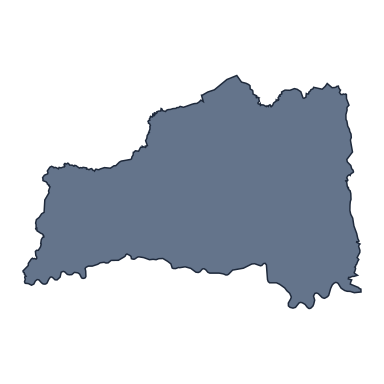 Huetamo, Michoacán, Mexico (Mercator projection)
{"feature_id": "50627088B12818336981253", "entity_name": "Huetamo", "entity_type": "district", "adm_level": 2, "iso_a3": "MEX", "parent_name": "Mexico", "parent_adm1": "Michoacán", "projection": "mercator", "projection_center": [-101.141, 18.66], "detail": "fine", "context": "isolated", "style": "filled", "palette": "slate", "viewbox_px": 384, "rotation_deg": 0, "n_neighbors": 0, "source": "geoboundaries", "source_scale": "gbopen_adm2", "svg_char_len": 5907}
<svg xmlns="http://www.w3.org/2000/svg" viewBox="0 0 384 384"><path d="M361.0,292.0L360.9,289.1L359.2,288.5L358.7,287.6L350.3,284.1L350.7,282.0L351.7,279.9L348.3,278.9L348.6,277.4L350.0,277.4L352.4,276.4L353.9,276.4L357.5,275.3L354.4,273.2L354.2,272.2L354.7,271.7L355.6,268.6L355.2,267.2L354.8,267.0L355.7,266.0L355.9,264.9L356.6,264.3L357.7,261.3L358.8,259.6L357.1,257.6L359.8,252.5L359.9,250.3L358.6,246.3L359.1,244.9L360.0,244.0L356.6,242.3L356.7,241.7L357.4,241.9L359.0,241.1L357.8,238.6L356.7,233.5L353.9,225.9L352.7,218.1L350.7,214.2L349.9,210.5L350.0,204.8L350.3,201.6L351.0,199.4L350.8,193.6L350.1,190.7L349.4,190.3L348.5,188.8L348.5,187.8L348.1,187.3L347.9,187.8L347.3,186.4L346.7,182.2L345.7,180.8L346.1,180.5L347.4,180.9L347.8,180.4L347.6,179.4L346.7,177.9L347.7,175.9L349.2,174.8L350.2,175.4L350.3,174.7L351.4,173.4L353.1,172.5L353.5,171.9L353.0,170.1L351.7,168.8L350.8,165.5L347.3,161.9L346.8,159.5L352.5,152.0L350.5,140.7L350.5,139.6L351.3,137.6L351.0,134.0L349.7,131.3L349.4,129.3L347.7,126.1L346.9,121.1L346.0,119.6L345.9,114.7L347.1,110.0L346.9,108.1L347.2,107.1L349.0,105.2L346.5,98.7L346.4,94.5L345.7,94.0L345.3,94.4L343.2,94.0L342.7,94.5L340.9,94.5L339.4,92.4L340.5,90.1L340.0,89.8L338.7,87.7L338.4,86.1L336.7,86.4L336.1,87.1L334.8,87.5L332.1,87.7L327.2,83.5L325.2,86.4L322.2,89.2L313.6,87.3L313.0,88.8L310.9,89.7L310.4,90.8L308.9,92.1L308.6,93.8L307.9,94.1L306.3,93.5L305.9,97.2L304.0,98.3L303.0,97.9L300.8,91.7L297.2,89.3L294.4,88.6L289.9,90.3L285.0,90.1L281.6,92.0L281.8,93.9L280.0,94.7L279.3,95.7L280.0,95.9L280.1,96.2L279.3,96.4L278.2,97.5L278.3,98.6L278.8,99.1L278.4,100.2L277.4,99.9L277.0,100.6L276.2,99.9L276.0,101.2L273.6,103.0L272.8,105.0L271.4,106.7L270.8,106.6L270.6,105.5L270.0,104.8L268.6,105.6L268.3,106.5L267.0,105.8L266.3,106.6L263.5,105.0L261.6,104.8L260.5,105.4L260.3,103.5L259.4,104.3L258.0,103.6L258.1,102.5L259.4,101.4L258.6,98.3L259.1,97.9L258.1,97.4L256.4,97.7L256.2,96.8L256.8,96.3L256.6,95.8L253.1,94.1L252.8,90.9L252.4,90.2L250.2,89.0L250.0,85.7L248.6,84.5L246.1,83.3L241.5,82.1L236.8,75.5L226.9,79.5L214.4,89.8L207.8,92.0L202.4,95.1L201.5,95.2L203.3,101.6L200.9,100.1L199.2,101.9L197.0,103.4L194.3,103.6L192.1,104.2L183.5,107.3L180.1,106.4L178.7,107.5L176.8,107.6L175.9,108.4L172.9,108.6L170.6,109.4L168.1,109.6L166.4,110.3L165.6,111.5L162.7,110.7L161.7,108.7L161.1,108.5L160.8,111.0L158.6,111.1L156.8,111.8L157.1,112.7L156.2,113.5L154.9,112.7L154.3,112.9L153.9,114.0L154.9,114.3L155.0,114.6L154.2,115.7L153.8,115.7L153.6,114.7L152.8,114.2L152.6,116.7L152.1,117.0L150.6,116.3L150.2,116.9L150.4,117.4L149.4,118.9L149.8,120.2L148.5,120.6L148.0,121.4L148.5,122.4L148.5,123.2L149.7,123.9L150.4,125.5L149.9,126.2L150.0,129.0L148.8,132.2L149.2,132.6L148.4,133.1L148.4,133.8L147.2,135.4L146.8,138.4L145.6,140.7L147.4,145.6L145.5,146.1L145.9,146.8L145.6,147.4L144.9,146.9L144.0,147.2L142.2,146.2L142.1,147.3L140.6,147.3L138.6,151.2L135.3,150.8L134.1,152.1L133.3,152.3L133.1,155.1L131.9,156.9L131.6,158.7L130.7,159.4L121.2,161.1L119.4,162.1L115.8,165.7L113.9,165.8L110.3,168.2L104.5,167.6L100.1,169.0L99.4,169.5L98.2,169.7L95.9,169.1L94.5,171.1L94.0,170.4L93.0,170.4L91.7,168.6L90.3,168.9L89.0,169.7L87.7,169.1L86.6,169.1L86.6,167.9L83.0,167.3L82.2,167.9L80.3,167.6L79.4,168.1L75.9,165.6L74.6,165.4L74.3,166.0L73.7,166.1L72.5,165.2L69.7,165.1L68.4,163.4L67.5,163.2L66.8,163.9L65.9,164.0L65.0,163.4L64.5,163.7L64.0,164.9L64.6,165.4L64.8,166.3L64.2,167.0L63.5,166.9L61.0,167.9L59.1,167.4L58.4,168.8L55.6,167.4L53.9,167.7L53.8,167.3L51.6,166.3L49.9,167.2L47.3,171.0L47.9,172.4L47.7,173.8L44.4,175.2L42.6,177.7L43.1,179.3L42.8,180.0L43.1,180.7L46.0,181.8L47.2,183.0L47.3,183.9L49.1,185.2L48.7,185.7L50.0,186.8L48.5,191.0L49.0,192.8L44.8,199.9L44.1,212.3L41.6,213.8L39.3,217.3L36.4,219.6L35.6,223.1L36.1,224.7L36.1,227.4L36.8,228.0L35.7,228.5L36.1,229.6L37.0,229.9L37.0,230.8L41.0,233.4L42.5,234.0L43.2,234.9L43.2,235.7L43.6,235.7L43.9,237.0L42.5,237.6L41.3,239.6L40.7,243.7L41.1,243.8L41.2,244.4L40.4,247.1L38.3,250.3L36.5,250.3L35.4,251.4L35.8,255.4L36.7,257.0L36.7,258.4L36.0,259.1L34.5,258.5L33.2,258.8L32.4,258.2L31.2,259.2L28.3,263.4L28.3,265.5L23.0,270.9L23.2,272.0L24.2,272.6L24.3,274.0L24.8,274.1L24.9,274.9L26.0,276.2L25.0,276.5L24.7,277.5L25.3,279.2L24.5,281.8L25.2,283.3L28.4,283.6L31.5,285.2L33.8,284.1L35.4,281.0L37.1,279.6L38.8,279.8L41.5,282.8L43.0,283.9L44.2,284.1L45.7,284.0L47.0,283.1L48.8,279.3L50.3,277.2L51.6,277.0L52.6,277.5L55.0,279.8L57.1,279.9L60.1,277.1L61.2,272.2L63.2,271.4L64.6,271.8L67.3,274.4L69.3,274.8L71.8,274.6L74.4,272.4L77.7,272.8L79.6,274.0L81.6,277.9L82.9,278.4L84.0,278.3L85.3,277.7L85.9,276.4L85.7,271.0L85.1,268.4L86.2,267.2L88.4,266.1L92.3,266.1L97.8,264.3L100.2,262.8L104.1,262.3L105.9,263.0L108.1,262.9L111.1,260.4L118.4,260.3L124.2,256.9L125.3,256.0L125.9,254.6L127.0,254.0L129.8,255.4L131.0,256.4L131.4,258.7L133.2,259.2L134.6,259.1L137.4,257.2L138.7,256.8L143.7,257.6L149.5,259.7L153.1,259.3L156.1,259.7L158.7,258.7L162.9,258.5L167.7,261.4L170.9,263.9L172.2,268.0L173.3,268.5L175.6,268.6L178.4,267.5L179.7,267.7L185.2,266.8L190.8,268.4L195.9,272.2L198.2,272.5L199.9,271.8L202.4,269.0L204.0,268.7L205.7,269.7L207.9,272.3L209.7,273.1L219.1,273.1L223.4,273.9L225.9,275.0L227.3,274.9L228.5,274.3L232.6,270.1L243.4,268.2L251.8,264.0L254.6,263.7L260.5,265.8L261.9,265.4L263.5,263.6L265.1,263.3L266.4,264.8L267.5,279.6L268.2,281.6L269.6,282.8L276.5,282.8L279.8,284.4L284.7,287.9L286.9,290.8L289.7,293.3L291.3,297.0L290.7,298.9L288.3,303.1L288.4,305.9L290.1,307.4L293.0,308.1L295.5,307.4L299.0,303.0L300.5,302.4L302.2,302.7L305.1,304.4L307.2,307.2L308.7,308.4L309.8,308.5L311.0,308.0L312.9,306.1L313.7,304.2L314.7,300.1L313.5,296.1L314.9,293.4L316.5,293.0L318.2,293.6L322.2,297.6L324.2,298.3L325.2,298.0L327.5,296.7L328.7,295.3L330.7,288.3L332.3,284.9L334.0,283.2L335.7,282.4L337.1,282.7L338.1,283.4L341.1,288.2L344.6,290.5L347.2,291.3L350.2,291.4L354.3,292.7L361.0,292.0Z" fill="#64748b" stroke="#1e293b" stroke-width="1.5"/></svg>